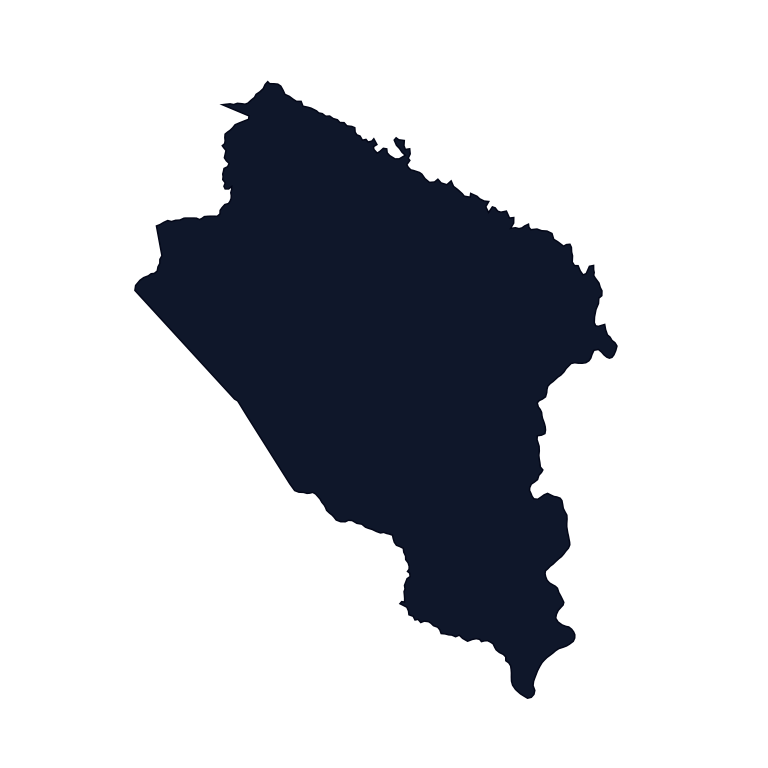 Centenário, Tocantins, Brazil, rotated 291°
{"feature_id": "56859067B98200216109672", "entity_name": "Centenário", "entity_type": "district", "adm_level": 2, "iso_a3": "BRA", "parent_name": "Brazil", "parent_adm1": "Tocantins", "projection": "mercator", "projection_center": [-47.444, -9.076], "detail": "fine", "context": "isolated", "style": "filled", "palette": "ink", "viewbox_px": 768, "rotation_deg": 291, "n_neighbors": 0, "source": "geoboundaries", "source_scale": "gbopen_adm2", "svg_char_len": 5883}
<svg xmlns="http://www.w3.org/2000/svg" viewBox="0 0 768 768"><g transform="rotate(291 384 384)"><path d="M180.9,488.2L177.5,490.0L177.6,494.5L174.8,497.5L176.5,500.2L174.5,503.8L177.0,506.5L178.1,510.8L177.5,513.6L176.1,516.8L176.2,521.3L174.5,524.2L171.5,526.8L172.6,530.6L173.0,534.3L173.9,537.3L173.7,541.4L176.5,544.3L174.7,548.5L173.8,554.2L177.2,558.0L179.3,561.4L179.9,564.8L178.4,567.3L180.2,569.8L181.5,572.7L181.2,575.9L180.5,579.0L177.8,581.8L176.0,584.0L174.7,587.9L174.3,592.3L172.9,595.4L169.3,596.9L168.4,600.4L166.3,603.2L163.1,605.0L159.9,606.5L156.1,607.9L152.3,609.5L148.9,612.0L146.0,616.2L144.9,618.9L143.6,622.5L142.8,626.6L142.1,630.6L144.3,633.8L148.0,635.2L152.0,634.6L155.9,631.2L160.1,630.2L163.2,630.1L166.4,630.1L171.3,630.1L176.1,630.6L180.6,631.4L183.7,632.6L187.0,634.1L190.6,636.4L193.7,638.3L196.4,639.7L199.6,642.0L202.5,645.6L204.9,648.3L207.6,650.4L211.6,652.9L215.2,653.1L218.3,652.0L220.5,649.9L222.3,647.1L223.4,643.6L222.9,640.6L222.9,636.7L224.2,631.8L226.9,628.2L230.8,627.5L235.1,627.8L239.1,629.3L241.8,630.4L244.6,630.1L247.0,627.6L249.3,625.1L252.0,621.9L255.5,619.1L256.6,616.4L257.0,613.4L257.6,609.8L259.3,606.5L262.0,604.0L264.7,602.3L267.5,601.7L270.1,603.1L273.4,604.4L276.3,606.3L280.0,608.0L283.6,609.8L286.4,611.5L289.7,612.7L293.0,613.6L296.9,615.0L300.4,615.1L302.8,614.0L305.2,612.5L308.3,610.6L311.0,608.8L313.4,607.4L316.2,605.8L319.3,604.6L323.5,603.3L327.1,601.7L329.6,598.7L332.2,595.9L335.5,594.0L338.9,591.9L340.5,589.4L340.5,586.0L339.9,583.0L340.1,580.1L340.5,575.9L337.9,573.2L335.1,571.4L331.5,568.9L330.5,565.1L332.2,562.5L334.5,560.4L336.7,558.1L339.3,557.2L343.3,557.4L346.4,559.6L349.8,561.6L354.3,561.3L357.8,562.7L360.7,563.1L362.6,559.7L366.4,557.7L369.8,555.7L372.9,554.1L377.1,553.0L381.5,551.1L384.3,548.9L386.9,546.8L390.6,545.7L392.7,549.4L395.4,552.0L398.9,551.3L401.9,549.8L404.2,548.2L406.4,546.4L408.6,544.4L410.9,542.9L414.0,541.3L416.2,539.0L417.9,536.3L421.3,533.8L424.2,534.9L426.7,537.3L429.9,539.4L434.3,539.0L437.3,538.1L440.6,537.7L443.9,539.0L446.9,540.9L449.7,542.3L452.7,543.8L455.7,545.9L459.9,547.7L463.7,548.5L466.7,549.8L470.2,551.3L472.2,554.4L473.1,558.0L474.4,561.6L476.2,564.8L479.1,567.0L482.3,567.8L486.0,567.6L490.7,567.9L493.1,571.8L491.8,575.6L490.0,579.0L488.9,582.4L488.9,585.2L490.6,587.3L493.6,588.2L498.2,588.4L502.9,587.9L505.2,585.0L506.4,581.2L508.8,578.2L509.9,575.0L514.2,571.4L518.7,568.7L514.6,563.4L514.2,560.7L516.7,558.3L522.1,556.5L529.5,555.2L536.0,555.4L541.1,553.8L544.5,555.7L549.1,554.1L551.6,551.3L555.3,548.5L558.8,543.0L560.6,540.8L563.4,540.3L565.8,538.8L569.8,537.2L567.5,533.6L559.5,533.2L557.2,530.7L560.0,526.6L564.0,522.8L562.8,519.4L565.4,516.0L571.2,514.1L574.4,511.9L578.7,510.0L581.1,507.5L579.5,504.3L577.0,502.3L579.1,495.1L579.9,490.6L584.7,486.9L585.2,481.4L583.6,476.2L583.5,471.3L580.7,465.8L582.2,463.2L585.0,461.6L582.0,458.7L579.1,456.8L577.4,454.3L577.0,450.7L574.6,446.4L580.7,447.4L585.9,445.5L583.9,441.7L589.3,436.3L586.3,431.6L586.1,428.2L588.3,424.7L588.2,421.7L581.6,420.2L585.9,415.5L591.9,416.4L590.7,412.0L591.2,406.9L592.6,403.6L593.0,396.6L589.3,397.5L588.1,391.6L589.7,388.9L592.0,382.9L593.4,378.1L597.7,373.9L592.6,371.3L592.2,365.3L594.5,360.9L590.7,358.8L588.5,354.2L590.4,348.7L593.5,344.1L594.2,341.3L593.9,335.0L593.5,332.3L595.0,329.0L596.9,326.7L602.0,328.0L603.5,325.7L608.2,326.0L612.8,323.7L610.6,319.9L613.7,317.2L618.6,315.7L617.3,310.3L618.2,307.1L615.4,306.1L611.3,310.1L609.4,314.1L606.8,317.8L605.2,321.9L599.6,317.5L598.1,313.7L599.3,307.4L601.0,304.1L604.5,302.3L603.8,298.9L599.8,296.9L597.1,294.9L599.4,290.4L601.9,289.2L605.0,291.6L609.3,286.6L606.4,285.6L604.2,282.4L605.9,279.5L603.9,276.5L606.9,272.8L606.9,269.3L608.8,266.8L612.8,264.9L612.9,261.6L611.7,256.8L613.7,253.1L612.3,249.1L614.0,245.8L613.6,241.4L614.7,237.3L613.1,233.6L614.3,229.5L613.7,225.9L614.8,223.2L615.1,220.3L615.4,217.0L615.1,213.7L614.3,208.8L618.2,205.3L616.5,200.9L617.3,197.1L618.6,192.6L618.9,187.7L622.0,184.6L625.1,180.9L625.9,177.4L624.9,173.8L623.4,169.6L624.6,167.1L621.0,165.7L616.5,165.4L612.3,163.4L608.6,160.8L605.1,160.4L601.7,158.4L597.4,156.3L595.4,154.0L594.7,150.8L593.5,146.5L591.0,143.5L590.4,139.9L588.4,136.0L586.8,133.0L585.9,161.9L582.6,162.7L579.5,159.3L575.9,155.4L572.7,152.1L568.9,150.9L565.7,149.4L563.2,147.7L560.3,146.1L557.0,147.1L554.2,148.5L551.3,149.1L548.5,147.6L547.0,149.9L545.4,152.8L542.1,153.3L538.0,153.9L535.9,156.8L534.4,160.4L530.8,160.1L527.9,157.4L525.0,157.9L522.2,158.2L519.9,159.5L517.0,160.2L514.9,163.7L511.2,163.7L509.2,165.8L510.5,169.1L513.8,171.0L511.0,172.1L507.7,172.4L505.2,173.9L502.5,174.8L499.4,174.8L496.7,174.1L494.5,171.1L490.6,169.6L487.4,168.8L484.0,169.9L480.8,168.2L479.3,164.0L477.6,159.8L475.9,156.3L473.5,154.8L471.4,152.9L471.6,149.4L470.4,146.1L468.9,142.1L467.2,137.9L463.9,134.7L462.1,130.7L459.5,127.4L459.1,123.5L455.9,120.4L452.5,117.7L450.0,114.9L424.2,130.7L420.1,130.1L416.2,131.5L412.4,131.0L408.2,131.8L404.9,129.9L403.5,127.1L400.6,125.3L397.2,121.5L393.4,119.0L387.0,116.8L382.1,117.9L316.4,249.8L315.8,253.4L314.1,255.7L305.0,267.6L260.2,327.6L257.0,331.9L252.5,338.8L252.5,343.3L254.0,347.8L254.3,351.3L255.5,353.8L257.3,356.3L256.8,359.6L255.2,362.7L253.7,365.5L251.3,368.4L249.5,371.6L247.7,373.7L245.5,375.7L244.0,379.3L243.1,382.3L241.9,384.8L239.9,388.1L239.9,392.8L241.5,397.2L244.0,399.6L245.1,403.2L244.2,408.6L245.2,413.5L243.7,418.0L243.7,421.1L244.0,425.1L243.6,429.8L243.7,434.1L245.4,436.9L245.4,440.0L245.8,442.8L245.9,446.1L243.0,448.0L240.0,450.3L237.9,453.4L237.9,457.1L237.5,460.9L234.1,462.7L231.1,465.8L227.8,467.2L225.7,470.6L222.7,472.9L220.0,473.8L217.4,473.1L216.6,475.8L213.6,477.4L210.6,475.3L206.7,475.3L203.3,475.3L200.1,477.1L197.4,477.1L194.4,478.6L191.0,480.2L187.8,481.3L187.2,478.5L184.6,477.6L184.3,480.8L183.8,485.3L180.9,488.2Z" fill="#0f172a" stroke="#020617" stroke-width="1.5"/></g></svg>